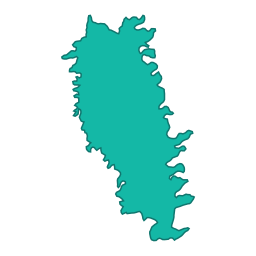 Presidente Juscelino, Minas Gerais, Brazil (Natural Earth projection), rotated 180°
{"feature_id": "56859067B65313354012755", "entity_name": "Presidente Juscelino", "entity_type": "district", "adm_level": 2, "iso_a3": "BRA", "parent_name": "Brazil", "parent_adm1": "Minas Gerais", "projection": "natural_earth1", "projection_center": [-44.096, -18.713], "detail": "fine", "context": "isolated", "style": "filled", "palette": "teal", "viewbox_px": 256, "rotation_deg": 180, "n_neighbors": 0, "source": "geoboundaries", "source_scale": "gbopen_adm2", "svg_char_len": 5808}
<svg xmlns="http://www.w3.org/2000/svg" viewBox="0 0 256 256"><g transform="rotate(180 128 128)"><path d="M62.6,57.0L61.8,59.0L63.0,59.6L64.6,59.7L66.1,61.3L68.3,61.4L70.0,61.8L73.3,60.2L76.8,60.5L78.3,59.8L79.6,58.4L81.0,59.6L81.1,61.7L80.5,63.3L79.0,64.6L77.5,65.3L76.0,66.6L74.7,68.4L73.8,70.0L71.2,72.8L68.1,74.7L68.7,76.2L72.8,76.2L74.3,77.0L76.1,78.4L77.8,78.0L79.3,78.6L80.9,79.8L82.4,80.0L84.1,78.6L85.1,76.3L86.6,77.5L86.3,79.8L82.7,81.7L80.0,84.0L78.3,84.8L76.4,84.8L74.5,84.3L72.8,83.5L71.8,84.6L71.6,86.3L71.7,88.0L72.2,89.4L73.2,91.1L74.3,92.1L76.1,92.4L78.5,91.5L80.1,90.2L81.1,89.2L82.8,88.6L84.6,88.9L87.6,89.2L90.3,91.6L89.4,93.2L88.0,94.2L86.3,95.1L84.7,96.5L83.6,98.1L78.6,100.0L77.7,101.3L77.0,103.0L76.1,104.7L74.7,105.5L73.4,105.2L71.7,105.2L70.1,107.1L71.1,108.9L72.1,109.9L73.7,109.8L77.1,107.7L80.9,108.2L81.4,110.0L79.8,110.7L78.1,111.1L76.3,111.8L74.1,114.4L73.0,115.2L71.3,116.1L68.3,117.2L66.8,118.9L65.6,121.8L63.3,122.7L63.7,124.4L67.2,125.6L68.7,125.0L69.8,123.8L71.1,122.9L73.1,122.1L75.0,122.6L76.8,122.5L77.9,121.1L78.8,119.3L80.3,117.6L82.8,117.4L84.7,117.6L86.2,118.0L87.9,118.9L89.3,121.5L88.9,123.9L87.4,126.1L86.3,128.6L86.8,130.6L87.6,132.3L88.2,134.2L88.7,136.9L91.0,137.4L92.5,138.4L91.6,140.2L90.3,141.5L89.0,142.0L86.0,141.4L83.9,141.6L82.7,142.7L83.6,143.8L85.2,144.1L86.3,145.1L87.8,148.5L89.5,149.6L91.3,149.5L93.7,147.5L95.5,147.1L97.0,147.2L97.0,149.7L95.5,151.8L92.5,154.3L91.5,156.4L91.5,162.3L91.8,164.8L91.9,166.6L93.6,167.8L96.3,168.9L98.0,169.9L98.9,171.1L97.8,172.3L96.0,173.8L95.1,175.5L94.4,177.3L94.7,179.6L96.2,181.4L97.5,184.0L100.1,182.2L101.1,181.2L102.5,180.4L104.5,180.7L105.1,182.6L103.6,184.3L101.6,185.8L99.9,186.7L98.8,188.1L98.6,190.1L99.9,191.9L101.4,192.8L103.1,193.6L104.8,193.6L106.7,192.2L108.4,191.3L110.1,192.4L111.5,193.7L113.3,194.9L114.2,196.6L114.1,198.2L113.8,199.9L112.7,201.3L111.1,201.3L109.6,200.4L108.1,200.3L106.5,199.9L105.5,198.8L103.2,198.2L101.2,198.3L100.7,200.1L101.4,202.8L101.3,205.0L102.0,206.6L105.2,206.8L107.2,207.2L111.4,206.3L113.1,204.7L114.3,203.1L115.6,202.5L116.6,204.0L117.2,205.9L116.8,208.3L115.3,209.8L113.5,210.4L111.2,210.2L109.3,209.2L107.8,208.8L107.2,210.3L109.4,211.7L110.7,213.6L108.5,214.3L106.4,215.7L104.2,217.8L103.2,219.0L102.7,220.8L102.4,223.5L100.5,225.1L100.8,227.1L102.4,227.3L104.6,227.3L106.4,225.2L108.0,224.7L109.5,225.7L111.1,227.4L113.2,227.7L115.0,226.7L117.5,226.0L119.3,226.1L120.9,226.9L121.7,228.3L120.9,229.7L119.5,230.8L117.2,231.8L115.3,232.3L113.8,233.0L112.4,233.9L111.4,236.3L111.4,238.5L111.8,240.1L113.0,240.6L115.1,237.7L116.6,236.4L118.3,236.9L119.5,238.6L121.1,238.9L122.9,238.9L124.3,238.2L125.3,237.2L126.6,236.3L128.4,237.0L130.0,238.6L131.9,236.7L132.3,234.6L133.2,233.4L133.8,230.0L135.4,228.9L136.8,227.5L136.4,225.0L137.3,222.3L139.2,222.8L140.7,223.7L145.1,225.9L146.8,226.1L148.8,229.7L151.4,232.1L155.5,232.5L157.7,232.1L159.2,232.5L160.7,233.3L162.8,233.7L164.2,235.4L164.7,238.5L165.7,240.6L167.2,240.3L167.8,238.0L167.9,234.8L168.8,232.4L169.2,230.5L169.0,228.3L169.8,226.1L169.3,223.7L169.9,221.7L169.8,219.2L171.9,218.8L174.2,217.6L175.4,215.2L179.2,214.7L180.7,214.3L183.4,211.2L182.1,209.3L179.7,208.5L179.8,206.0L181.1,204.8L183.0,205.2L184.7,205.1L189.4,201.1L191.9,200.7L194.2,199.0L193.7,197.5L191.8,197.0L189.7,197.0L186.4,198.0L185.0,198.2L183.4,198.0L181.6,198.5L179.6,199.5L178.2,198.2L179.0,196.0L179.8,192.9L181.4,191.4L183.1,190.6L184.1,188.3L185.9,187.5L186.5,185.9L186.5,184.3L184.7,184.2L182.4,184.5L180.7,184.2L179.4,182.8L176.2,183.1L174.8,181.9L175.0,179.1L176.7,178.1L178.7,179.4L180.0,178.9L178.8,177.0L179.3,174.9L181.5,175.0L183.2,174.4L182.7,172.0L181.3,171.1L177.8,171.0L176.2,170.7L177.5,169.2L178.8,168.3L180.9,167.7L182.9,166.6L182.2,165.2L180.4,164.9L178.7,164.4L177.6,163.6L177.3,161.3L179.3,161.8L182.0,160.1L181.2,158.6L179.2,158.6L177.3,158.0L177.2,156.2L177.2,153.8L180.0,152.3L181.3,150.6L179.7,149.8L178.5,148.6L179.4,147.0L180.8,146.3L182.2,145.0L180.1,144.2L181.1,142.5L182.5,140.4L180.9,139.8L179.2,140.8L177.9,142.0L177.6,144.3L177.2,147.1L175.6,146.3L175.1,144.9L175.1,142.9L176.6,138.8L175.6,136.5L174.8,135.0L173.4,134.3L172.1,134.1L172.9,131.8L174.6,127.8L174.0,126.1L171.5,125.7L171.0,123.3L169.4,122.8L168.6,120.1L169.0,117.5L168.9,115.6L165.2,113.2L166.4,112.1L167.5,110.4L169.7,109.3L169.5,107.0L168.7,105.7L167.3,104.4L165.4,104.1L165.4,106.5L164.5,108.2L163.2,108.9L161.6,108.4L160.5,106.9L159.2,105.7L157.1,107.4L155.2,108.1L155.0,105.6L154.3,103.0L150.6,100.7L151.2,98.6L152.6,96.1L151.1,94.8L149.4,95.6L147.5,95.9L146.9,93.9L147.2,92.3L148.0,90.8L148.7,89.0L147.9,87.7L146.2,88.4L144.8,90.1L143.5,91.1L141.9,91.4L141.4,89.1L141.3,87.0L138.3,85.9L137.0,84.9L135.6,83.4L135.4,81.6L136.3,79.6L138.3,77.1L138.6,75.6L138.3,71.3L138.5,69.8L137.7,68.5L136.3,69.9L135.7,72.1L134.9,73.8L133.4,75.0L132.0,74.9L130.7,74.3L130.5,72.3L132.2,71.3L133.6,70.8L134.4,69.5L135.0,67.5L136.1,65.4L139.5,63.6L140.3,62.0L139.2,59.8L136.7,59.2L134.0,57.1L132.5,55.2L136.3,54.1L136.0,51.9L134.6,50.5L132.8,49.4L135.0,45.4L134.7,43.4L133.6,41.9L129.8,43.6L128.9,42.4L124.3,43.0L122.1,43.1L119.9,43.6L117.9,44.3L116.1,44.5L114.3,42.5L113.4,39.6L113.0,37.2L112.0,35.5L110.5,36.8L108.9,38.4L107.1,38.4L105.3,38.0L101.8,36.6L100.5,35.9L99.3,34.8L98.5,33.4L99.7,32.3L101.1,31.5L104.0,29.1L104.7,27.6L105.4,25.7L106.2,24.2L106.2,22.3L105.4,18.2L104.5,16.3L102.2,15.4L99.8,15.6L98.3,17.0L96.6,17.8L94.9,17.3L93.5,16.5L91.5,16.4L87.7,16.8L86.5,17.7L85.1,18.2L83.3,17.8L81.5,15.9L80.0,17.0L78.4,17.7L74.5,20.2L73.3,21.4L71.4,23.6L70.0,24.7L68.3,25.5L66.9,27.4L68.2,28.2L70.1,27.7L71.9,27.5L77.1,25.3L78.7,26.0L80.3,26.9L82.3,27.6L84.4,28.8L84.3,30.9L82.5,36.9L82.1,39.0L82.1,40.7L81.3,47.2L79.9,48.5L76.1,49.6L72.8,50.9L68.1,52.2L66.4,52.4L65.2,53.3L62.6,57.0Z" fill="#14b8a6" stroke="#0f766e" stroke-width="1.5"/></g></svg>